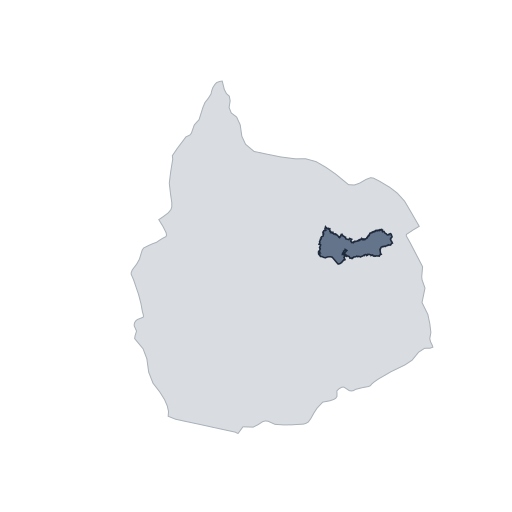 Makonde, Mashonaland West, Zimbabwe shown in context, rotated 60°
{"feature_id": "62879985B9452203972303", "entity_name": "Makonde", "entity_type": "district", "adm_level": 2, "iso_a3": "ZWE", "parent_name": "Zimbabwe", "parent_adm1": "Mashonaland West", "projection": "mercator", "projection_center": [29.982, -17.062], "detail": "fine", "context": "in_parent", "style": "filled", "palette": "slate", "viewbox_px": 512, "rotation_deg": 60, "n_neighbors": 0, "source": "geoboundaries", "source_scale": "gbopen_adm2", "svg_char_len": 8018}
<svg xmlns="http://www.w3.org/2000/svg" viewBox="0 0 512 512"><g transform="rotate(60 256 256)"><path d="M350.9,412.2L346.9,409.5L341.5,407.8L334.6,407.0L325.7,407.3L314.7,408.8L302.9,407.0L290.4,401.9L279.9,400.2L267.4,402.3L266.9,402.4L264.7,400.7L261.3,397.0L255.6,396.4L254.1,395.5L252.8,394.1L252.0,392.4L251.7,390.4L252.6,384.4L252.1,383.7L250.6,383.0L247.4,382.2L239.9,379.5L230.5,376.9L215.2,373.9L209.3,373.2L207.9,372.3L206.2,370.1L203.2,363.1L200.5,358.6L193.9,351.5L192.9,349.3L193.2,343.7L193.7,339.2L194.4,335.4L194.1,331.8L194.0,327.4L194.2,324.4L193.3,323.1L190.9,322.2L184.1,321.8L175.9,322.0L175.6,317.5L174.8,310.5L173.3,306.5L171.4,304.4L167.6,302.2L160.0,299.2L149.6,294.7L140.7,288.0L130.5,279.7L127.3,278.3L123.5,270.5L117.8,257.1L118.2,252.7L117.3,250.5L111.7,244.0L110.5,240.6L109.5,237.2L100.7,227.6L97.6,223.5L95.4,218.1L93.1,213.8L91.1,212.1L88.6,209.2L86.9,205.9L86.1,203.4L86.7,200.1L87.6,197.8L96.0,200.2L100.6,200.4L104.2,199.2L108.7,200.8L114.0,205.1L119.8,205.9L126.0,203.3L134.5,204.1L145.2,208.4L154.0,209.2L164.5,205.4L173.9,194.9L182.7,184.9L191.4,173.5L196.7,164.3L204.3,156.8L214.4,151.0L224.8,146.1L240.5,140.2L243.7,135.3L244.7,129.9L244.7,122.4L245.5,117.6L247.2,115.4L249.8,113.7L253.2,111.5L263.5,105.8L272.2,102.2L282.8,99.9L294.4,99.8L305.6,99.8L311.9,99.8L312.0,106.9L312.5,115.0L313.8,115.8L322.2,115.9L335.6,116.5L348.6,117.1L356.9,122.9L359.7,124.1L368.3,125.7L379.3,135.5L392.6,136.4L401.7,139.4L409.7,142.8L414.4,146.8L417.4,147.7L421.4,148.0L423.4,148.4L422.9,151.3L420.2,156.2L420.6,163.3L424.3,173.0L424.8,181.5L423.7,196.6L423.7,211.1L424.1,216.3L424.7,219.8L425.5,221.7L425.3,223.8L423.1,230.0L421.3,236.4L421.3,239.0L420.6,240.8L419.3,242.5L413.5,245.4L412.5,247.3L412.5,250.6L413.3,253.5L415.4,254.5L418.1,256.1L419.1,258.2L419.1,260.4L418.3,264.5L415.9,271.3L418.3,279.2L420.9,284.3L424.4,290.2L425.9,293.8L425.9,296.5L425.3,299.0L419.9,309.8L416.1,316.5L411.3,323.7L405.1,328.2L403.5,330.4L402.8,332.9L403.1,338.3L402.8,344.0L397.4,352.7L400.7,360.2L400.0,360.9L398.2,362.0L390.5,370.5L382.7,379.1L377.0,385.3L370.5,392.5L363.3,400.5L357.1,407.3L350.9,412.2Z" fill="#d9dde1" stroke="#a8b0b8" stroke-width="1"/><path d="M304.8,175.8L305.1,175.5L305.1,174.9L305.4,174.5L305.7,174.2L306.1,174.3L306.3,174.2L306.2,173.7L305.9,173.6L305.8,173.3L305.8,173.1L306.1,172.9L305.7,171.7L306.3,170.9L306.3,170.5L306.6,169.9L306.5,168.7L307.5,168.3L307.6,167.3L308.1,167.0L308.2,166.6L308.4,166.3L309.1,166.0L309.0,165.6L309.2,165.2L309.1,164.8L309.3,164.3L309.4,163.3L309.2,161.9L309.4,161.5L309.7,161.5L309.4,161.1L309.4,160.7L309.6,160.4L309.6,160.2L310.2,159.8L311.0,159.9L311.0,159.3L310.5,159.2L310.8,158.7L310.4,158.5L310.4,158.3L310.9,157.8L311.1,157.2L311.4,156.9L311.9,156.7L312.3,156.0L312.9,156.0L313.1,156.1L313.1,155.5L313.2,155.2L313.2,154.6L313.4,154.4L313.8,154.6L314.8,154.4L314.9,153.6L315.3,153.3L315.6,153.3L315.8,152.9L316.0,152.4L315.8,152.0L316.7,150.9L316.9,150.4L317.4,149.8L317.3,149.5L317.7,149.2L317.3,148.9L317.3,148.5L316.9,147.7L317.1,147.0L316.5,147.2L316.4,146.7L315.2,146.6L314.5,146.2L314.2,146.2L313.8,145.8L313.1,145.8L312.7,145.3L312.4,145.5L312.2,145.4L311.9,144.9L311.9,144.3L311.2,143.7L310.9,143.0L311.1,142.1L311.5,141.7L311.2,141.2L311.6,140.8L311.6,140.1L311.9,139.9L312.0,139.5L312.4,139.4L312.3,138.2L312.5,137.8L312.4,137.3L312.7,137.0L312.8,136.5L312.4,135.9L312.9,135.6L312.9,135.3L313.1,135.2L313.6,134.5L313.8,133.9L313.4,133.5L313.3,132.9L312.9,132.1L313.0,131.9L312.9,131.7L313.0,131.4L311.0,131.2L310.3,131.5L309.6,131.2L308.6,131.2L308.4,131.0L308.5,130.7L308.4,130.4L307.8,130.1L307.8,129.2L307.5,128.6L306.7,128.3L305.7,128.5L305.3,128.1L304.9,128.0L304.1,128.2L303.7,128.5L303.7,129.6L304.0,130.1L303.6,130.3L303.8,130.9L303.7,131.3L303.3,131.8L301.8,132.1L300.9,132.8L298.6,132.9L298.2,133.7L298.4,134.1L298.3,134.3L297.5,134.1L296.8,133.6L296.7,134.0L295.9,133.9L296.0,134.3L295.9,135.0L295.4,135.0L295.1,135.4L295.2,135.6L295.6,135.8L295.5,136.0L295.7,136.4L295.5,136.5L295.2,136.3L294.9,136.5L295.0,137.8L294.8,137.8L294.5,138.2L294.8,138.3L294.6,138.5L294.3,138.4L294.3,138.9L294.2,139.0L294.0,138.9L293.8,139.1L293.7,139.6L293.7,139.8L294.2,140.0L293.9,140.8L294.3,140.8L294.4,141.1L293.9,141.3L293.7,141.5L293.7,142.1L293.9,142.6L293.5,142.9L293.8,143.3L293.4,143.6L293.7,144.1L293.7,144.5L293.6,144.8L293.2,145.5L293.6,145.9L293.6,146.2L293.5,146.3L294.0,146.8L294.0,147.1L294.4,147.7L294.4,148.0L294.8,147.7L294.9,147.8L294.9,148.2L295.2,149.1L295.2,149.6L295.1,149.8L295.5,150.1L295.5,150.7L295.8,150.7L295.9,151.1L296.1,151.2L295.9,152.6L296.1,153.0L295.7,153.2L295.8,153.4L296.1,153.7L295.5,154.0L295.7,154.5L295.0,154.6L295.1,154.9L294.7,155.0L294.7,155.4L294.3,155.5L294.5,155.7L293.8,155.7L294.3,156.3L293.9,156.6L294.0,157.0L293.8,157.2L294.0,157.4L293.7,157.6L293.6,158.3L294.0,158.5L293.6,158.9L294.2,159.3L294.0,159.7L294.0,160.0L293.8,160.1L293.9,160.3L293.7,160.4L293.8,160.6L293.6,160.8L293.6,161.0L293.5,161.5L293.3,161.8L293.4,162.2L293.2,162.4L293.3,162.5L293.0,163.1L292.7,163.1L293.0,163.8L292.6,164.2L293.0,164.9L292.6,164.9L292.5,165.4L292.7,165.6L292.6,165.8L292.3,165.7L292.2,165.8L292.4,166.0L292.2,166.4L291.8,166.3L291.5,166.5L291.1,166.4L290.8,166.6L290.6,166.3L290.2,166.3L289.6,165.3L289.4,164.7L287.5,166.2L288.3,167.4L285.9,169.7L284.6,169.1L284.5,169.5L284.0,169.7L283.7,169.6L283.2,169.8L282.6,170.5L282.4,170.6L282.2,170.4L281.9,170.5L281.6,170.7L281.2,170.6L280.7,171.0L280.4,170.8L280.1,171.3L280.0,171.1L279.9,171.3L280.0,171.4L279.9,171.4L280.4,171.6L280.4,171.8L280.5,171.8L280.8,172.2L281.0,172.4L280.9,172.5L281.1,172.6L281.0,172.9L281.2,173.7L281.5,173.7L281.7,174.0L281.9,174.1L281.9,174.3L281.6,174.2L281.6,174.4L281.5,174.5L281.3,174.5L281.2,174.8L280.8,174.5L279.8,175.0L278.6,175.1L278.2,175.6L277.7,175.7L277.8,175.8L277.6,176.0L277.2,176.3L277.0,176.6L276.5,176.3L276.2,177.0L275.7,177.3L275.7,177.7L275.0,177.7L275.1,177.9L274.8,178.1L274.4,177.7L274.2,177.8L273.9,178.0L274.1,178.1L274.0,178.3L273.9,178.2L273.9,178.4L273.7,178.3L273.5,178.6L273.3,178.4L273.2,178.5L273.0,179.2L272.8,178.9L272.9,179.3L272.4,179.2L272.4,179.3L272.0,179.3L271.9,179.4L272.1,179.7L271.7,179.4L271.6,179.7L271.2,179.5L271.1,179.3L270.6,179.3L269.4,178.5L269.3,178.9L269.4,179.1L269.2,179.1L269.3,179.5L268.8,179.7L268.3,179.4L268.2,179.5L268.4,179.9L268.0,180.0L267.8,180.4L267.9,180.8L267.7,181.1L267.3,180.9L266.8,181.0L266.6,180.8L266.3,180.9L266.2,181.3L265.5,181.3L265.8,181.6L266.4,181.9L266.6,182.5L267.1,182.8L267.9,183.1L268.7,182.9L268.6,183.5L268.0,184.6L268.6,185.5L268.7,185.9L269.0,185.8L269.3,186.0L269.5,185.9L269.8,186.2L269.7,186.5L270.0,186.5L270.7,186.3L271.0,186.7L270.7,186.9L270.7,187.1L271.6,187.3L271.9,187.5L272.4,188.3L272.2,188.8L272.3,189.2L272.1,189.5L272.2,189.9L272.5,190.2L272.7,190.7L273.5,190.8L273.8,191.2L273.9,191.5L273.7,192.0L274.6,192.4L274.8,193.1L275.3,193.8L276.0,193.8L276.4,194.1L276.7,194.8L277.1,195.0L277.2,195.3L277.4,195.6L277.9,195.1L278.1,194.5L278.4,194.4L278.5,194.7L279.3,194.9L280.3,196.7L281.1,196.9L281.5,196.5L282.2,196.9L282.3,197.4L282.9,197.9L283.2,198.6L283.2,199.4L283.8,199.9L284.4,198.8L284.8,199.0L285.5,198.9L285.2,199.6L285.5,200.0L285.2,200.6L285.4,200.8L286.5,200.7L286.8,200.2L287.2,200.0L287.3,200.0L287.5,200.5L288.7,200.4L289.6,199.0L290.3,198.6L291.6,197.6L291.9,197.0L292.4,196.6L292.3,196.0L292.7,194.1L294.1,191.5L295.1,190.8L295.1,190.6L303.9,189.0L304.3,188.4L304.2,187.9L304.6,187.4L304.5,186.1L304.4,185.6L304.6,185.2L304.5,184.9L304.1,184.6L303.8,183.1L303.4,182.8L303.3,182.2L303.2,181.9L303.6,181.8L303.6,181.4L303.8,180.9L303.7,180.7L301.1,180.5L301.2,180.2L300.7,179.4L300.2,178.8L298.7,179.5L298.2,179.3L297.9,180.3L297.8,180.2L297.6,180.3L297.2,179.8L296.9,179.7L296.7,179.2L296.8,178.9L296.4,178.5L296.2,177.7L295.9,177.4L295.6,177.5L295.6,176.2L294.8,175.5L296.7,174.5L297.7,177.9L298.7,178.5L298.9,177.9L300.1,177.7L300.4,177.4L301.1,178.1L301.7,177.7L301.2,177.2L301.9,176.4L302.4,176.3L303.1,175.5L304.8,175.8Z" fill="#64748b" stroke="#1e293b" stroke-width="1.5"/></g></svg>